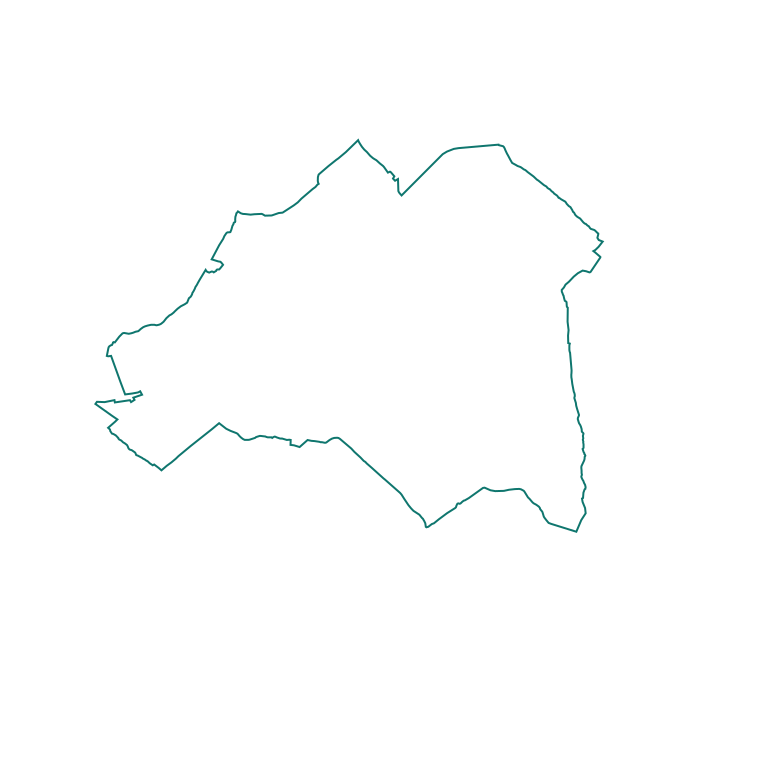 Laza, Vaslui, Romania (Albers equal-area conic projection), rotated 150°
{"feature_id": "2599482B98028982208936", "entity_name": "Laza", "entity_type": "district", "adm_level": 2, "iso_a3": "ROU", "parent_name": "Romania", "parent_adm1": "Vaslui", "projection": "albers", "projection_center": [27.592, 46.65], "detail": "fine", "context": "isolated", "style": "outline", "palette": "teal", "viewbox_px": 768, "rotation_deg": 150, "n_neighbors": 0, "source": "geoboundaries", "source_scale": "gbopen_adm2", "svg_char_len": 6166}
<svg xmlns="http://www.w3.org/2000/svg" viewBox="0 0 768 768"><g transform="rotate(150 384 384)"><path d="M284.5,608.1L301.1,603.9L310.8,602.2L313.2,602.0L323.1,600.5L335.3,598.2L336.1,597.9L337.8,596.2L339.8,593.0L340.4,591.3L340.5,590.0L342.1,589.9L344.8,588.9L348.4,588.5L362.9,585.8L367.8,584.4L372.8,583.8L386.1,583.1L389.7,584.7L397.0,586.1L402.9,589.3L404.3,591.8L404.9,592.5L411.3,595.8L414.9,597.4L419.1,600.5L421.1,601.8L422.6,603.4L424.2,606.5L425.7,605.8L426.4,605.7L426.9,605.2L427.5,604.5L429.1,603.1L430.8,600.6L431.4,599.3L432.1,598.7L433.3,598.8L433.8,598.5L434.6,597.6L436.1,596.8L439.1,593.9L441.1,592.4L441.7,592.5L443.5,593.5L444.2,593.6L445.0,593.5L448.3,591.9L450.7,590.1L457.2,586.7L470.9,578.1L466.3,573.1L464.5,571.6L464.0,569.4L463.8,567.7L467.9,566.1L469.5,565.6L471.0,566.5L471.8,566.6L472.8,565.9L475.6,565.8L475.7,566.1L476.2,567.0L477.1,567.6L479.7,567.9L481.0,569.6L481.4,570.8L481.4,572.0L491.4,566.5L494.8,564.5L496.5,563.4L498.9,562.2L500.2,561.1L502.7,559.5L504.5,558.6L505.3,557.7L506.7,556.8L507.9,556.2L510.1,555.8L513.8,552.9L516.7,552.7L521.1,552.9L525.1,552.4L529.3,551.4L530.1,551.1L531.9,550.8L533.3,550.6L535.5,550.7L539.6,549.8L543.8,548.1L546.9,547.6L548.7,547.7L550.8,548.3L551.8,548.7L553.4,550.2L556.3,551.8L559.5,552.8L562.1,553.4L564.1,553.6L567.1,553.3L570.3,552.6L573.1,553.5L575.4,553.8L577.5,554.3L579.9,555.1L583.6,558.2L585.1,558.6L589.5,557.4L596.3,554.6L597.3,555.5L598.0,555.4L598.4,554.9L600.1,553.8L601.2,554.1L603.0,554.0L604.1,553.5L604.9,552.7L610.0,546.9L609.0,545.9L606.3,544.8L611.1,518.2L613.4,504.4L606.9,501.7L601.9,499.9L600.8,499.6L598.8,499.6L598.9,495.7L607.9,497.5L608.0,495.0L612.1,494.8L612.1,497.0L626.3,502.6L625.5,504.8L635.0,508.0L641.5,512.1L643.9,511.0L635.4,492.4L632.6,486.6L635.7,485.8L644.8,484.0L644.1,481.7L644.2,481.1L644.6,480.1L644.4,477.2L644.3,476.9L643.4,476.1L642.5,474.5L642.0,473.7L641.1,470.1L641.3,469.7L641.1,468.4L639.8,466.4L639.1,463.9L638.2,462.4L637.1,459.7L637.1,458.1L637.4,456.5L637.4,455.6L637.1,454.6L636.7,454.0L635.6,452.9L633.9,449.3L633.8,448.7L634.1,446.3L633.1,445.2L631.3,442.3L630.4,440.9L630.1,440.0L628.9,438.2L628.1,436.4L627.7,436.0L627.6,435.6L627.3,435.2L626.5,432.5L624.9,429.2L623.3,429.2L621.1,424.0L619.9,420.5L612.9,421.8L607.3,422.4L601.6,423.4L598.1,424.3L582.2,427.0L555.7,430.9L546.4,432.5L543.0,424.1L540.3,420.1L536.4,415.3L535.7,414.1L535.1,410.9L534.5,408.9L533.6,406.8L532.6,405.3L529.3,403.4L528.3,403.0L523.6,402.0L522.4,401.8L521.3,402.0L517.7,401.2L516.8,400.7L512.9,397.8L512.4,397.0L511.3,395.9L508.0,394.0L507.8,393.2L506.6,393.3L505.2,393.2L504.5,392.7L503.6,391.4L501.4,388.9L500.2,388.0L499.7,387.9L496.1,384.1L493.9,383.1L492.8,382.2L495.4,378.0L492.6,375.9L488.6,371.6L478.2,373.7L475.2,371.0L472.7,369.3L468.8,366.2L467.7,365.0L467.0,364.8L464.9,362.9L464.1,362.4L463.2,362.2L459.2,362.7L456.4,362.7L454.1,362.2L451.5,360.9L450.4,360.0L449.6,358.5L444.6,344.5L443.6,340.0L441.1,332.1L440.0,327.5L439.1,325.8L438.7,323.9L436.5,317.5L431.6,302.4L431.0,300.9L424.5,281.6L424.1,279.4L423.9,274.3L423.4,266.8L422.7,262.6L421.9,259.4L418.7,253.1L418.1,249.1L417.7,247.9L417.7,245.1L417.9,242.7L419.2,239.4L418.9,238.7L417.0,238.2L412.6,238.8L410.4,238.4L404.2,239.4L393.9,240.6L384.2,241.0L383.3,241.3L382.0,242.5L380.3,243.6L379.4,243.5L378.3,242.4L377.4,242.3L375.0,242.9L373.2,243.1L372.2,242.8L367.6,242.8L350.2,244.5L348.7,243.9L344.9,238.7L341.2,235.6L333.6,231.5L328.6,229.9L323.1,227.5L319.3,225.5L318.0,224.3L316.4,221.7L316.2,220.7L316.0,213.8L315.4,211.8L314.6,207.4L314.1,205.9L312.5,203.3L311.2,200.4L311.0,198.8L311.3,197.4L310.8,194.3L310.9,193.5L311.9,189.3L311.9,188.1L311.5,185.0L310.9,181.4L309.1,179.2L291.3,159.9L281.2,167.5L274.0,171.2L271.9,176.0L271.0,182.5L269.8,185.8L268.6,185.8L265.6,190.2L263.0,192.4L262.6,192.6L262.1,192.5L261.0,193.8L260.3,196.0L260.2,198.4L259.8,200.6L259.9,201.7L259.8,203.3L259.6,204.7L259.3,205.3L258.0,206.4L257.4,208.1L256.2,210.2L255.0,212.8L254.1,214.1L248.9,217.7L247.8,218.8L246.6,220.6L245.5,221.2L245.3,222.5L245.5,223.2L245.1,224.0L245.2,225.1L244.5,228.4L243.9,228.5L243.1,229.0L241.4,231.9L240.7,233.8L240.2,234.4L239.7,236.3L238.6,237.3L237.7,239.6L236.1,241.2L236.0,241.9L236.5,243.8L235.4,246.1L234.8,248.6L234.6,250.4L234.7,252.4L234.4,254.0L233.7,256.8L233.0,257.7L230.9,259.3L230.6,259.7L229.2,266.0L228.4,269.1L227.3,271.7L226.2,276.6L225.7,277.3L224.9,278.0L224.2,279.3L223.7,280.8L223.5,282.4L223.1,283.6L220.9,289.9L219.0,294.4L218.4,296.1L217.2,298.3L216.2,299.7L214.8,301.9L207.2,318.1L207.1,319.0L206.5,320.7L204.2,324.7L202.9,326.1L204.0,327.3L203.5,328.2L200.4,333.9L197.2,338.4L193.9,346.1L186.7,358.2L186.8,358.7L187.0,359.4L186.6,360.4L185.0,363.6L185.0,364.2L185.8,365.7L185.1,368.4L184.3,370.9L184.4,371.6L184.0,373.6L183.9,374.8L183.6,375.6L183.0,376.6L180.0,377.6L177.1,379.3L172.7,380.1L166.0,382.1L160.7,383.0L155.3,382.9L152.6,380.6L150.5,378.2L150.0,377.8L149.0,377.8L133.4,385.4L133.1,385.8L133.2,386.2L135.4,392.5L136.2,394.4L134.0,394.4L129.6,395.5L123.4,398.0L126.0,401.3L126.1,403.0L126.1,403.9L123.6,406.5L123.2,407.2L123.5,407.7L124.5,411.4L125.0,412.4L127.3,414.9L127.6,415.9L127.8,418.3L128.5,419.4L129.2,421.8L129.5,422.0L130.0,422.7L130.6,424.5L131.4,429.2L133.0,432.1L133.7,434.3L133.8,435.3L133.7,437.4L134.2,438.6L134.0,440.5L134.1,444.0L135.0,445.7L135.7,448.7L135.7,450.3L135.9,451.4L138.3,455.5L139.3,457.9L139.7,458.0L139.8,459.9L140.0,460.8L141.5,464.0L141.6,465.2L142.4,467.0L143.1,469.9L143.8,470.8L144.4,472.2L144.6,473.8L146.0,476.2L148.6,483.0L149.4,484.5L150.7,488.9L153.7,495.9L154.2,497.5L154.7,498.7L155.7,500.1L156.1,501.1L157.0,503.1L157.6,504.0L159.4,506.1L159.9,507.1L162.5,511.4L162.5,514.5L162.3,520.3L162.3,522.0L162.0,525.7L161.7,527.7L161.7,529.5L162.0,530.4L165.2,533.5L165.1,534.0L201.5,551.0L206.0,552.7L213.2,553.8L218.2,553.7L274.5,538.5L275.1,541.4L275.2,542.8L275.1,543.9L269.4,554.5L272.8,554.5L273.5,557.4L271.2,558.7L272.1,563.6L272.4,564.6L272.7,564.9L274.9,565.1L275.5,571.8L275.8,573.3L277.3,577.1L278.7,581.6L279.9,583.7L280.7,585.3L281.9,588.7L282.8,593.4L283.9,596.9L284.5,600.4L284.7,604.2L284.7,606.7L284.5,608.1Z" fill="none" stroke="#0f766e" stroke-width="2"/></g></svg>